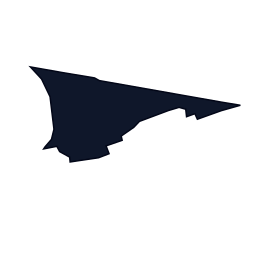 Hancock, Tennessee, United States of America, rotated 10°
{"feature_id": "52423323B54321928367648", "entity_name": "Hancock", "entity_type": "district", "adm_level": 2, "iso_a3": "USA", "parent_name": "United States of America", "parent_adm1": "Tennessee", "projection": "orthographic", "projection_center": [-83.193, 36.493], "detail": "fine", "context": "isolated", "style": "filled", "palette": "ink", "viewbox_px": 256, "rotation_deg": 10, "n_neighbors": 0, "source": "geoboundaries", "source_scale": "gbopen_adm2", "svg_char_len": 580}
<svg xmlns="http://www.w3.org/2000/svg" viewBox="0 0 256 256"><g transform="rotate(10 128 128)"><path d="M21.3,84.8L34.4,94.8L45.8,110.7L55.3,142.1L54.6,152.5L49.5,161.1L48.6,163.2L61.1,158.4L64.8,163.1L75.6,166.8L76.9,171.5L84.9,168.8L104.2,162.4L113.8,156.6L109.5,149.4L124.4,141.1L122.7,137.1L133.6,126.3L138.1,119.5L164.9,103.7L174.7,98.8L181.6,99.5L183.7,106.7L191.4,102.3L194.8,107.3L216.9,94.7L234.7,86.1L215.6,86.3L183.3,86.3L169.2,86.3L168.9,86.3L95.5,86.3L95.2,86.3L91.5,86.3L86.4,84.5L53.6,84.8L21.3,84.8Z" fill="#0f172a" stroke="#020617" stroke-width="1.5"/></g></svg>